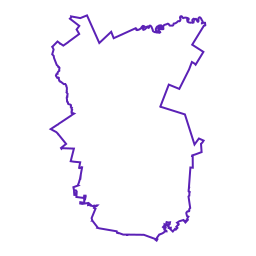 the district of Vallecillo, Nuevo León, Mexico
{"feature_id": "50627088B49667665932630", "entity_name": "Vallecillo", "entity_type": "district", "adm_level": 2, "iso_a3": "MEX", "parent_name": "Mexico", "parent_adm1": "Nuevo León", "projection": "albers", "projection_center": [-99.794, 26.639], "detail": "fine", "context": "isolated", "style": "outline", "palette": "violet", "viewbox_px": 256, "rotation_deg": 0, "n_neighbors": 0, "source": "geoboundaries", "source_scale": "gbopen_adm2", "svg_char_len": 5594}
<svg xmlns="http://www.w3.org/2000/svg" viewBox="0 0 256 256"><path d="M187.7,220.0L187.2,219.3L187.4,219.2L187.2,219.0L187.5,218.1L188.4,216.6L188.2,216.5L187.5,216.4L187.0,216.0L186.3,213.3L186.4,212.6L187.3,211.5L187.7,211.3L188.3,211.4L189.1,211.2L189.3,210.8L189.2,210.0L189.3,209.2L189.7,208.5L190.2,208.0L188.5,196.5L189.1,195.7L189.3,195.6L189.4,192.9L189.7,192.2L189.7,191.8L189.2,191.5L189.0,191.8L188.6,191.3L188.7,189.5L189.1,187.8L188.9,187.8L190.4,167.5L192.8,167.7L192.7,156.0L192.1,156.0L192.2,155.4L195.4,154.4L201.6,152.1L201.0,143.8L201.6,143.3L202.6,142.2L203.6,140.6L198.9,138.5L194.5,144.5L184.9,114.4L163.3,107.6L161.0,106.9L160.5,106.9L160.3,106.7L168.8,84.6L179.3,88.9L189.1,69.4L191.9,62.0L194.6,63.6L195.6,64.7L203.4,51.9L192.2,44.7L203.9,25.7L204.8,25.6L205.3,25.2L205.0,22.8L204.0,22.7L202.9,22.9L202.5,23.2L201.9,23.3L201.9,23.0L202.6,22.0L202.6,21.5L202.1,20.4L201.5,19.7L201.2,18.7L200.5,17.8L200.2,17.5L199.5,17.3L199.0,17.6L198.4,18.4L198.5,20.6L198.4,21.4L198.0,21.8L197.7,21.7L197.2,21.1L197.1,20.9L196.9,20.0L196.4,19.6L196.3,19.2L196.0,18.9L195.9,18.9L195.7,19.2L195.2,19.1L194.8,19.5L194.3,18.9L193.7,18.7L193.3,18.9L192.4,19.8L192.3,20.4L192.4,20.6L193.1,21.2L193.7,21.4L193.5,22.5L192.6,22.8L191.8,22.5L191.3,22.5L190.6,22.7L188.8,22.4L187.6,21.7L187.5,21.4L187.8,21.1L187.8,20.8L187.7,20.6L187.2,20.2L187.2,19.6L187.7,19.7L188.0,19.5L188.4,19.8L188.6,19.7L188.7,18.9L188.6,18.6L187.5,18.0L185.8,17.6L183.7,17.8L183.2,18.1L182.2,17.4L182.1,16.7L181.6,16.3L181.1,16.2L180.4,16.5L180.1,17.2L180.0,17.6L180.5,19.6L180.4,20.0L180.1,20.3L179.9,21.0L179.2,21.3L178.6,21.1L178.3,21.1L177.8,21.4L176.8,22.4L175.7,23.1L175.0,23.4L173.7,23.6L173.3,25.0L172.7,25.6L169.9,25.6L169.5,25.4L168.9,24.3L168.2,23.8L167.7,23.7L166.7,24.2L164.4,24.9L164.1,25.1L163.5,25.8L163.3,26.1L163.3,26.7L163.2,27.5L163.4,28.5L163.3,29.1L163.0,29.2L161.6,29.2L160.5,29.1L159.5,29.4L158.4,29.4L158.2,29.1L158.2,28.7L158.7,28.0L159.3,27.7L160.2,27.4L161.1,27.5L161.4,27.4L161.7,26.8L161.5,25.6L161.0,25.3L159.1,25.5L158.8,25.7L158.8,26.5L157.8,26.3L157.2,26.6L156.6,27.3L155.8,29.1L156.0,30.5L156.7,30.9L157.3,31.4L157.8,31.4L158.8,31.3L159.5,31.4L160.0,31.8L160.2,32.3L159.4,32.8L158.2,32.5L156.7,32.5L155.7,32.2L154.6,32.1L153.1,31.2L152.8,30.6L152.7,29.8L151.4,26.7L150.7,25.9L150.4,25.7L149.6,25.7L149.1,26.2L149.0,26.4L149.2,27.1L148.8,27.8L148.5,27.9L148.3,27.8L148.4,26.8L148.2,26.5L147.9,26.4L146.8,26.8L146.6,26.9L146.5,27.7L145.1,29.1L144.7,29.4L143.4,29.8L143.2,29.3L142.8,28.8L142.7,28.2L142.8,28.0L144.3,27.0L144.6,26.6L143.7,26.0L142.9,25.9L142.4,26.3L141.5,27.3L140.9,28.5L140.1,28.9L139.4,29.4L137.8,30.0L137.0,30.1L136.4,29.9L136.3,29.6L136.4,29.1L136.4,28.7L135.7,28.2L113.7,38.2L111.2,31.8L99.3,43.0L87.0,15.4L80.3,18.1L71.1,16.4L71.2,17.0L71.1,17.4L69.9,18.7L79.3,25.9L76.6,29.5L78.9,33.4L79.2,34.0L68.3,42.0L68.2,42.2L63.3,45.6L60.5,43.7L60.3,43.8L60.0,43.7L59.5,43.0L57.5,41.5L53.1,46.0L52.2,46.8L53.0,48.1L53.6,49.6L52.2,54.3L53.7,55.9L54.0,57.9L56.8,65.1L57.7,65.7L58.3,67.0L58.9,67.0L59.5,67.9L59.2,69.4L59.3,70.8L58.2,71.7L57.5,72.8L57.6,73.8L56.5,74.1L55.9,75.5L56.1,76.1L56.4,76.3L56.6,76.9L57.3,77.9L58.2,77.5L58.8,77.8L58.8,78.9L59.2,80.6L59.5,80.6L60.3,81.8L60.9,81.8L63.8,84.1L65.3,84.0L66.3,85.6L66.3,86.5L66.8,87.3L66.9,89.1L66.7,90.8L66.9,91.5L66.5,92.3L67.6,93.8L67.4,95.6L67.0,96.2L67.4,96.9L66.7,97.8L67.0,99.7L67.1,101.7L67.9,102.2L68.0,103.4L68.3,104.0L69.1,104.3L70.3,104.6L71.0,105.2L70.8,107.0L71.7,107.6L71.4,107.9L71.6,109.1L72.1,109.3L72.2,109.8L71.7,110.7L71.9,111.1L71.5,111.7L71.6,113.0L71.9,113.2L72.9,113.1L74.1,113.6L72.1,114.8L71.1,115.6L58.7,123.8L57.7,124.7L57.1,124.9L50.7,129.1L56.3,132.1L58.2,134.0L58.2,134.4L58.9,135.0L66.1,143.9L61.0,148.0L61.5,148.8L62.1,148.2L73.9,148.6L70.7,161.2L73.8,161.7L80.2,162.3L79.1,167.9L79.6,168.1L81.2,167.7L81.5,167.2L82.1,167.3L80.2,177.7L80.5,177.4L80.3,179.1L79.6,180.0L79.0,182.3L77.9,185.1L78.4,185.4L73.4,187.2L74.0,190.2L74.3,190.3L75.9,190.4L76.2,190.7L76.7,191.5L76.6,193.6L74.6,193.5L74.5,192.4L74.1,192.3L74.3,194.9L76.5,195.0L76.4,197.0L84.2,198.0L84.1,197.5L84.4,197.5L84.4,197.2L84.1,197.2L84.2,195.7L85.6,195.7L85.7,196.4L85.0,199.5L84.2,199.6L84.3,202.8L80.3,202.2L80.2,203.5L82.3,203.9L88.2,203.0L88.3,203.6L88.1,205.1L88.7,205.0L88.9,204.5L88.6,204.2L88.8,203.6L89.1,203.5L90.1,204.4L89.8,204.5L90.3,205.4L90.8,205.0L91.2,205.2L91.4,205.7L92.9,206.2L93.4,206.1L93.8,205.7L94.5,205.6L94.9,206.0L95.2,206.0L96.7,205.4L97.3,205.4L96.7,206.0L95.5,206.4L94.7,206.4L94.0,208.0L95.5,208.7L91.6,218.1L92.3,220.4L92.1,220.7L92.4,220.7L97.5,227.3L97.2,227.8L99.2,228.3L116.7,231.3L117.0,232.8L118.1,233.1L118.2,232.8L123.2,234.6L127.0,234.6L127.0,235.0L127.3,235.0L127.3,234.6L143.8,234.8L155.6,239.1L155.4,239.7L156.6,240.6L157.4,239.2L156.6,238.7L157.0,237.7L159.2,234.6L159.8,234.5L160.1,234.2L161.7,233.7L163.7,232.6L164.1,232.1L165.3,231.3L166.5,231.3L166.4,230.8L164.4,229.6L165.0,228.5L164.6,228.6L163.0,227.1L163.8,226.2L164.3,226.8L164.7,226.7L165.3,226.9L165.2,226.6L164.9,226.1L164.9,225.9L164.5,225.4L164.5,224.3L166.9,225.5L167.0,224.8L167.3,224.6L166.2,223.9L166.4,223.1L166.5,223.0L166.4,222.8L166.6,222.1L168.3,222.5L170.0,222.3L169.7,223.8L169.1,224.1L168.3,224.0L169.2,224.6L168.5,225.2L168.6,228.0L169.1,228.1L169.2,227.8L169.7,227.6L170.0,227.9L170.8,227.8L170.7,228.9L170.4,229.2L172.8,231.5L175.0,228.9L175.8,229.6L177.4,227.9L176.3,226.8L177.6,225.4L177.8,225.3L177.7,225.2L178.7,224.1L177.1,222.7L179.4,221.2L183.5,220.0L184.0,220.9L185.2,220.8L185.0,221.6L185.1,222.0L185.4,221.9L185.6,222.3L187.7,220.0Z" fill="none" stroke="#5b21b6" stroke-width="2"/></svg>